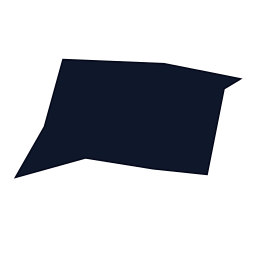 the border of Umm Salal, rotated 101°
{"feature_id": "QAT-1107", "entity_name": "Umm Salal", "entity_type": "Municipality", "adm_level": 1, "iso_a3": "QAT", "parent_name": "Qatar", "parent_adm1": "", "projection": "albers", "projection_center": [51.351, 25.463], "detail": "fine", "context": "isolated", "style": "filled", "palette": "ink", "viewbox_px": 256, "rotation_deg": 101, "n_neighbors": 0, "source": "natural_earth", "source_scale": "10m", "svg_char_len": 281}
<svg xmlns="http://www.w3.org/2000/svg" viewBox="0 0 256 256"><g transform="rotate(101 128 128)"><path d="M58.3,26.9L71.2,41.2L158.5,41.5L163.2,95.1L165.5,164.1L198.0,229.1L142.7,210.3L73.2,204.9L58.0,104.6L58.3,26.9Z" fill="#0f172a" stroke="#020617" stroke-width="1.5"/></g></svg>